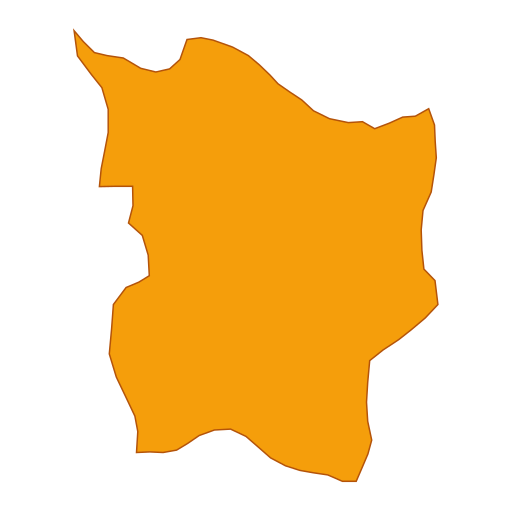 the district of Santa Rita de Minas, Minas Gerais, Brazil
{"feature_id": "56859067B52773915344075", "entity_name": "Santa Rita de Minas", "entity_type": "district", "adm_level": 2, "iso_a3": "BRA", "parent_name": "Brazil", "parent_adm1": "Minas Gerais", "projection": "equal_earth", "projection_center": [-42.126, -19.875], "detail": "fine", "context": "isolated", "style": "filled", "palette": "amber", "viewbox_px": 512, "rotation_deg": 0, "n_neighbors": 0, "source": "geoboundaries", "source_scale": "gbopen_adm2", "svg_char_len": 1208}
<svg xmlns="http://www.w3.org/2000/svg" viewBox="0 0 512 512"><path d="M136.5,452.5L149.8,451.9L163.1,452.5L176.6,450.1L187.7,443.4L199.2,435.5L214.4,430.0L230.6,429.1L246.0,436.4L258.2,447.0L270.6,457.9L285.5,465.8L299.9,470.4L313.5,472.8L327.7,474.9L342.4,481.3L356.2,481.3L362.5,466.7L367.9,454.0L371.7,440.1L367.7,421.3L366.5,402.2L367.7,382.4L369.7,360.6L383.0,350.0L398.6,339.7L411.3,329.7L425.3,317.9L437.9,304.5L435.0,280.6L423.9,269.1L421.9,250.3L421.2,229.9L423.0,210.5L431.2,192.0L433.9,174.8L436.3,157.8L435.2,141.4L434.5,125.0L428.7,108.7L415.3,116.2L402.7,117.1L389.2,123.2L374.7,128.7L362.5,121.7L348.3,122.6L329.5,118.7L313.5,110.8L301.7,99.9L290.2,92.3L278.0,83.8L269.9,75.0L259.5,65.0L248.4,55.6L232.6,47.1L213.0,40.1L201.0,37.7L187.0,39.5L180.0,59.5L169.6,68.9L155.8,72.0L140.7,68.3L123.3,58.0L107.1,55.6L94.4,52.6L83.3,41.6L74.1,30.7L77.5,55.9L91.3,74.4L101.9,87.7L108.2,109.3L108.2,132.6L104.6,151.4L101.2,168.7L99.4,186.6L115.0,186.3L132.6,186.3L133.0,205.7L128.5,223.0L142.3,235.4L148.2,255.1L149.3,275.7L138.9,282.1L126.1,287.5L113.4,304.5L111.6,328.8L109.3,353.9L116.3,377.0L126.7,398.8L134.9,416.1L137.8,431.6L136.5,452.5Z" fill="#f59e0b" stroke="#b45309" stroke-width="1.5"/></svg>